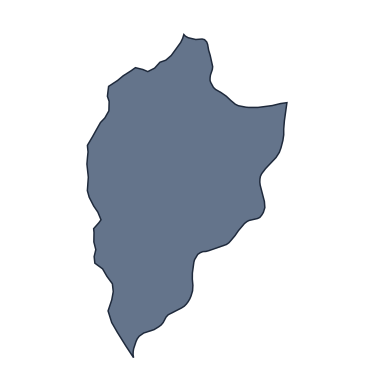 outline of Jangjin, Hamgyŏng-namdo, North Korea, rotated 173°
{"feature_id": "82179303B63049631124183", "entity_name": "Jangjin", "entity_type": "district", "adm_level": 2, "iso_a3": "PRK", "parent_name": "North Korea", "parent_adm1": "Hamgyŏng-namdo", "projection": "albers", "projection_center": [127.23, 40.497], "detail": "fine", "context": "isolated", "style": "filled", "palette": "slate", "viewbox_px": 384, "rotation_deg": 173, "n_neighbors": 0, "source": "geoboundaries", "source_scale": "gbopen_adm2", "svg_char_len": 1803}
<svg xmlns="http://www.w3.org/2000/svg" viewBox="0 0 384 384"><g transform="rotate(173 192 192)"><path d="M270.2,34.7L270.3,37.9L269.8,40.9L269.0,43.6L265.8,50.4L264.2,53.0L262.0,55.3L257.2,57.9L246.5,60.0L241.4,62.3L238.8,63.8L236.5,66.0L233.0,71.0L230.5,73.1L216.5,78.2L213.6,79.6L211.2,81.5L209.2,83.6L207.2,86.2L205.6,89.0L203.5,93.8L202.5,99.2L202.3,105.4L201.5,111.5L198.7,122.1L197.7,124.5L193.9,129.4L191.1,130.8L188.5,131.5L185.4,131.3L182.6,131.7L164.2,135.7L161.6,137.1L159.2,139.2L154.6,143.5L150.6,148.0L143.8,154.3L141.0,156.0L138.8,156.8L130.2,157.7L127.8,158.5L125.6,160.6L123.7,163.0L121.6,167.6L121.3,173.7L123.5,190.5L123.5,193.5L123.0,196.6L122.2,199.2L120.6,201.7L116.2,206.2L113.7,208.3L104.4,216.0L100.5,220.7L98.3,225.0L95.5,232.1L94.8,234.7L94.0,237.5L93.3,243.3L91.6,251.5L86.9,269.1L93.3,269.0L101.8,268.0L116.2,267.9L125.3,269.0L128.1,269.6L135.5,272.0L138.3,273.8L142.5,278.3L146.3,282.9L151.0,287.1L156.1,290.9L158.0,293.2L160.1,298.5L160.5,300.6L160.1,303.3L159.4,305.9L156.9,311.1L156.2,313.9L157.3,325.4L158.2,330.7L158.5,336.5L159.1,339.1L161.0,341.7L163.3,342.6L169.7,342.9L177.0,345.6L179.6,347.5L180.9,349.3L182.5,345.7L185.0,341.8L189.9,336.5L196.0,330.0L202.0,326.0L208.0,324.7L214.0,319.5L221.2,316.9L225.9,319.6L233.0,322.3L237.8,319.7L246.2,315.7L252.2,311.8L261.9,307.0L263.0,302.6L264.3,297.3L263.2,292.0L264.6,282.7L269.5,276.1L274.3,272.2L279.2,265.6L284.0,259.0L290.1,251.1L290.2,249.7L290.3,244.4L291.5,239.2L292.9,232.5L293.1,219.3L295.7,206.1L294.7,199.4L291.3,190.1L287.9,183.5L285.7,175.5L288.1,172.9L294.1,167.6L294.2,163.7L295.5,154.4L294.5,146.5L297.0,139.8L297.1,133.2L290.1,126.6L286.7,118.6L282.2,110.6L282.3,102.7L284.8,94.7L289.8,84.2L287.6,72.2L283.1,61.6L276.3,47.0L270.2,34.7Z" fill="#64748b" stroke="#1e293b" stroke-width="1.5"/></g></svg>